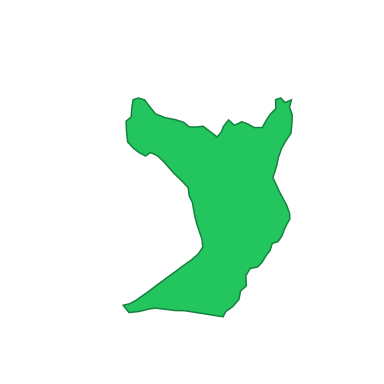 Sobrado, Paraíba, Brazil (Natural Earth projection), rotated 308°
{"feature_id": "56859067B78982550953926", "entity_name": "Sobrado", "entity_type": "district", "adm_level": 2, "iso_a3": "BRA", "parent_name": "Brazil", "parent_adm1": "Paraíba", "projection": "natural_earth1", "projection_center": [-35.255, -7.167], "detail": "fine", "context": "isolated", "style": "filled", "palette": "green", "viewbox_px": 384, "rotation_deg": 308, "n_neighbors": 0, "source": "geoboundaries", "source_scale": "gbopen_adm2", "svg_char_len": 1351}
<svg xmlns="http://www.w3.org/2000/svg" viewBox="0 0 384 384"><g transform="rotate(308 192 192)"><path d="M58.2,216.5L64.9,223.5L74.0,230.8L78.1,234.8L84.5,245.5L88.5,252.1L93.7,258.9L112.8,293.3L118.7,292.2L126.5,294.6L136.0,295.2L144.0,291.2L151.6,292.6L159.1,286.0L167.4,284.9L173.4,289.9L179.8,290.5L187.0,289.6L194.0,289.5L201.0,286.9L205.7,290.3L212.9,289.9L219.8,287.7L225.3,286.5L230.8,285.8L235.1,282.2L240.0,274.5L245.5,261.9L253.2,246.8L259.8,244.5L265.9,242.1L272.7,238.7L281.7,235.7L290.5,234.4L299.3,233.8L309.1,227.5L314.8,223.1L318.8,216.7L325.8,213.7L319.7,210.1L320.8,204.0L316.2,201.0L309.3,206.7L301.9,205.8L294.9,206.3L286.1,207.7L281.1,201.4L280.0,194.3L278.0,188.0L270.7,184.3L271.3,176.4L263.0,176.4L257.6,178.1L250.8,177.9L250.8,170.0L250.6,160.2L245.5,155.0L241.6,149.7L241.8,142.5L238.7,134.2L234.1,125.2L231.1,115.2L233.1,106.5L235.4,97.8L233.0,91.8L228.4,88.8L221.6,92.6L213.7,97.8L207.2,96.5L200.2,102.4L191.8,110.5L190.4,118.8L190.5,125.9L191.8,133.3L197.6,135.0L199.3,142.7L198.4,151.6L195.6,166.2L194.5,177.0L193.1,186.3L187.0,192.4L184.1,198.6L179.7,203.5L174.7,209.1L170.1,215.0L165.0,222.7L161.1,228.7L155.3,234.4L147.2,235.1L138.3,233.4L128.8,230.5L118.7,227.8L109.3,225.1L97.5,221.8L86.2,218.8L78.8,216.5L71.6,214.4L65.2,211.4L60.4,207.5L58.2,216.5Z" fill="#22c55e" stroke="#15803d" stroke-width="1.5"/></g></svg>